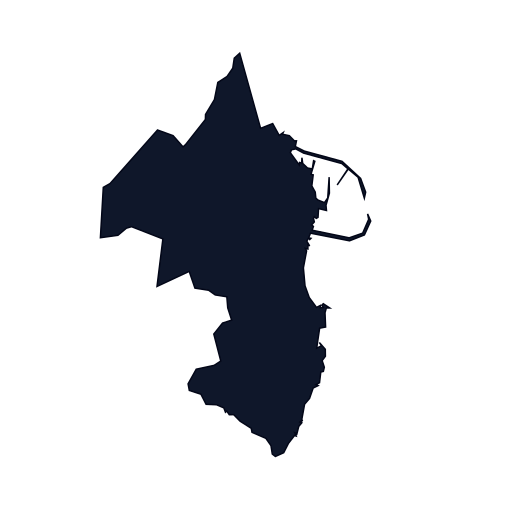 Dún Laoghaire Lea-7, Dún Laoghaire–Rathdown, Ireland, rotated 62°
{"feature_id": "5873133B92378397401252", "entity_name": "Dún Laoghaire Lea-7", "entity_type": "district", "adm_level": 2, "iso_a3": "IRL", "parent_name": "Ireland", "parent_adm1": "Dún Laoghaire–Rathdown", "projection": "natural_earth1", "projection_center": [-6.126, 53.283], "detail": "fine", "context": "isolated", "style": "filled", "palette": "ink", "viewbox_px": 512, "rotation_deg": 62, "n_neighbors": 0, "source": "geoboundaries", "source_scale": "gbopen_adm2", "svg_char_len": 2144}
<svg xmlns="http://www.w3.org/2000/svg" viewBox="0 0 512 512"><g transform="rotate(62 256 256)"><path d="M166.8,384.8L172.9,368.2L170.6,357.4L171.7,352.1L197.2,330.2L236.4,357.7L238.2,322.2L255.7,325.0L264.0,313.9L271.2,310.3L278.3,300.9L288.5,305.3L301.2,307.6L299.5,317.0L305.1,329.9L332.2,336.4L332.9,344.3L327.9,361.9L337.0,376.0L343.4,378.0L352.2,369.5L363.5,369.7L368.8,360.7L375.0,355.7L379.6,356.3L379.2,354.6L383.6,354.1L385.6,350.2L394.4,347.6L405.9,341.1L409.8,342.3L421.6,332.9L430.5,331.8L438.5,334.6L442.1,333.0L442.7,323.9L436.6,315.2L432.6,306.3L433.8,305.1L430.0,304.8L431.6,303.2L433.2,304.3L426.5,298.2L424.8,293.9L423.2,295.2L422.6,292.9L409.7,282.7L406.9,275.6L399.4,267.5L399.6,262.0L397.7,263.4L397.7,259.4L388.9,253.3L389.5,250.7L386.3,247.9L379.4,246.7L377.1,241.8L370.9,238.6L362.1,240.7L366.0,240.3L365.9,245.7L349.6,233.7L351.4,227.9L338.5,221.7L334.9,218.3L336.5,215.3L329.7,219.0L330.4,221.0L333.1,220.6L332.0,223.6L329.9,222.4L329.8,226.7L317.7,228.5L305.3,226.7L288.7,219.7L275.3,209.0L272.4,208.9L274.2,206.9L270.4,204.9L272.3,203.9L266.7,204.2L264.8,201.1L266.7,200.8L266.2,199.2L264.7,201.0L261.4,197.2L286.5,166.3L288.3,150.4L279.0,138.3L271.2,137.7L276.5,139.3L285.9,151.1L283.7,165.2L259.6,194.3L256.8,191.4L254.7,192.4L253.3,188.5L249.8,187.6L248.6,186.1L251.1,185.1L251.0,183.1L243.5,178.5L248.9,172.4L244.1,170.4L235.0,161.7L220.7,154.4L238.4,165.4L241.0,170.5L235.7,175.0L233.0,176.0L227.4,173.7L220.3,173.8L211.2,167.4L209.7,169.1L200.0,159.6L198.9,160.4L205.5,165.4L202.5,169.2L196.2,171.3L190.8,169.3L195.4,172.1L193.9,173.6L195.9,175.1L180.9,177.2L178.9,174.8L180.1,170.6L187.6,165.6L214.7,136.8L222.2,133.9L231.4,151.0L222.5,133.7L234.4,128.9L255.8,133.2L251.1,129.2L236.6,127.2L212.8,135.6L186.0,164.1L177.8,169.9L173.3,166.2L172.3,168.1L165.4,170.1L160.9,175.5L159.8,174.1L160.4,178.9L146.9,179.1L145.4,192.0L69.3,175.2L71.1,182.3L79.2,188.3L83.9,197.3L84.8,208.2L98.4,219.3L107.3,234.1L111.7,236.6L124.5,265.7L125.4,269.2L110.8,272.7L98.5,283.8L123.5,350.8L123.7,358.6L166.8,384.8ZM423.6,293.7L422.9,292.3L422.2,292.3L423.6,293.7Z" fill="#0f172a" stroke="#020617" stroke-width="1.5"/></g></svg>